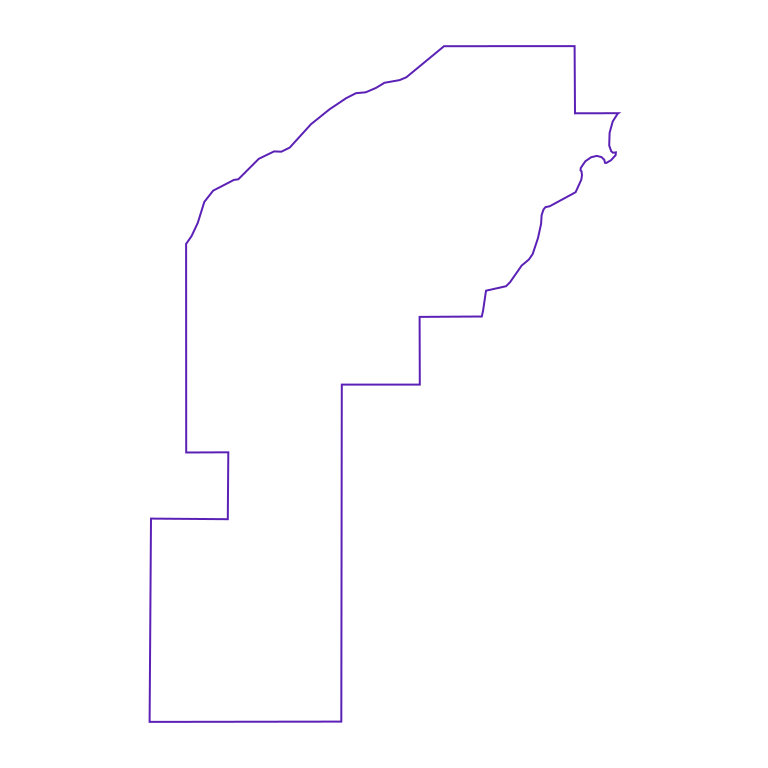 the district of Houghton, Michigan, United States of America
{"feature_id": "52423323B54374789606174", "entity_name": "Houghton", "entity_type": "district", "adm_level": 2, "iso_a3": "USA", "parent_name": "United States of America", "parent_adm1": "Michigan", "projection": "natural_earth1", "projection_center": [-88.506, 46.853], "detail": "fine", "context": "isolated", "style": "outline", "palette": "violet", "viewbox_px": 768, "rotation_deg": 0, "n_neighbors": 0, "source": "geoboundaries", "source_scale": "gbopen_adm2", "svg_char_len": 958}
<svg xmlns="http://www.w3.org/2000/svg" viewBox="0 0 768 768"><path d="M341.3,721.6L341.8,384.6L419.8,384.6L419.6,316.9L481.8,316.5L483.1,310.5L486.0,290.7L506.1,286.2L510.2,282.0L521.7,265.5L528.9,259.5L532.7,254.0L538.0,238.0L541.1,223.8L541.6,215.2L543.5,209.5L545.5,207.1L549.6,206.3L575.6,192.2L581.3,179.7L582.0,175.2L581.5,171.3L580.5,170.3L580.8,167.9L585.3,161.3L591.2,157.2L596.8,155.9L601.5,157.1L604.2,159.7L605.0,162.8L606.2,163.0L610.9,160.3L615.6,155.2L615.9,152.4L612.9,152.7L611.2,151.2L609.2,145.5L609.6,132.8L612.7,121.5L617.5,113.9L618.4,113.2L575.0,113.3L574.6,46.1L444.0,46.2L406.3,77.3L399.6,80.1L384.4,82.8L376.0,87.9L365.7,92.3L355.9,93.2L346.1,98.2L329.4,109.4L311.0,124.2L289.7,147.6L281.3,151.7L274.1,151.4L258.8,158.8L238.3,179.3L233.9,179.9L213.2,190.6L204.3,201.9L197.8,222.8L191.5,236.2L186.1,243.9L186.2,452.5L228.3,452.3L227.8,519.2L151.0,518.6L149.6,721.9L341.3,721.6Z" fill="none" stroke="#5b21b6" stroke-width="2"/></svg>